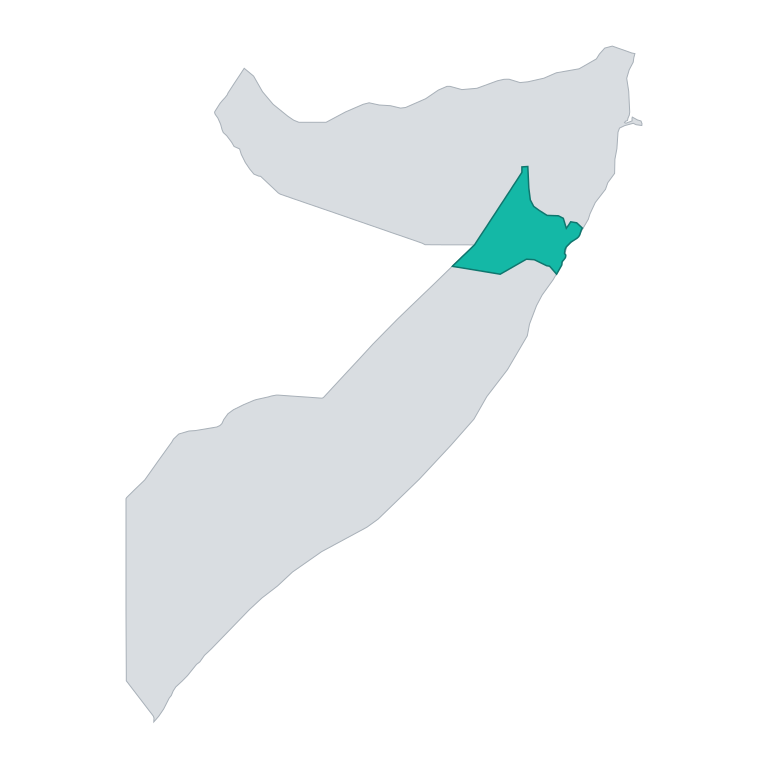 where Nugaal sits in Somalia
{"feature_id": "SOM-2413", "entity_name": "Nugaal", "entity_type": "Region", "adm_level": 1, "iso_a3": "SOM", "parent_name": "Somalia", "parent_adm1": "", "projection": "orthographic", "projection_center": [49.001, 8.49], "detail": "fine", "context": "in_parent", "style": "filled", "palette": "teal", "viewbox_px": 768, "rotation_deg": 0, "n_neighbors": 0, "source": "natural_earth", "source_scale": "10m", "svg_char_len": 3340}
<svg xmlns="http://www.w3.org/2000/svg" viewBox="0 0 768 768"><path d="M154.0,717.9L153.2,715.9L148.5,709.8L139.7,698.3L133.1,689.7L126.3,680.8L126.3,673.9L126.2,653.1L126.0,611.5L126.0,569.9L126.0,528.2L126.0,507.3L126.0,498.7L126.8,497.4L134.5,489.8L144.8,479.9L158.3,460.8L165.7,450.5L171.9,441.9L173.4,439.2L178.8,434.0L189.0,431.0L195.2,430.6L216.8,427.0L220.0,425.5L221.9,423.6L223.8,419.5L228.0,413.7L233.5,409.7L243.8,404.6L254.0,400.3L256.2,399.6L268.4,396.9L271.4,396.0L276.3,395.1L278.2,395.1L295.1,396.3L308.3,397.2L322.0,398.2L323.4,397.6L333.0,387.2L348.2,370.8L358.0,360.3L373.0,344.0L384.5,332.3L397.3,319.3L409.6,307.4L424.5,293.1L433.9,284.1L448.4,270.0L462.2,256.7L474.4,244.9L457.6,244.8L441.2,244.8L425.1,244.7L422.2,243.2L408.7,238.5L391.5,232.6L370.2,225.2L355.1,220.0L339.0,214.4L322.7,208.8L309.9,204.4L293.9,198.9L280.1,194.1L278.2,192.9L270.6,185.7L260.6,176.3L258.7,176.1L253.9,174.1L249.7,169.0L245.3,162.5L241.3,154.4L239.6,148.9L234.1,146.5L231.6,142.2L226.7,135.7L223.3,132.6L222.1,129.8L220.6,124.2L217.9,118.1L215.2,114.3L214.6,112.6L214.8,111.6L220.0,103.4L222.4,100.5L225.0,97.7L227.2,94.9L228.0,93.0L234.3,83.3L239.9,74.9L244.2,68.3L253.6,76.1L262.5,91.7L273.1,104.3L287.8,116.2L293.7,120.2L298.9,122.3L326.1,122.3L345.6,111.9L363.2,104.3L369.1,102.8L379.2,105.0L390.4,105.7L400.5,108.1L405.6,107.5L425.7,98.7L438.3,90.1L446.9,86.4L450.2,86.4L461.9,89.6L476.9,88.3L497.4,80.8L504.0,79.3L509.0,79.2L520.1,82.6L521.9,82.4L527.9,81.8L543.9,78.2L556.3,72.8L579.1,68.8L596.4,58.9L599.4,54.1L604.7,48.1L612.3,46.1L631.8,53.0L634.9,53.6L633.8,57.8L633.2,62.2L629.2,69.8L626.7,78.3L628.7,91.2L629.7,112.1L629.3,115.1L628.0,118.1L627.5,120.5L625.4,121.3L624.5,122.7L626.0,123.2L632.1,120.9L632.0,118.4L632.3,117.1L637.4,119.9L641.0,121.0L642.0,123.7L641.8,125.5L636.1,124.7L633.2,123.3L624.7,125.6L619.5,128.1L618.0,132.2L616.9,148.6L614.9,159.3L614.6,173.4L607.8,182.7L605.5,189.3L595.3,202.5L590.0,213.8L588.3,219.3L579.3,234.7L566.9,246.6L562.5,261.7L558.1,271.2L553.1,279.8L542.1,295.1L536.5,305.7L529.5,324.1L527.3,335.8L507.5,369.6L486.8,396.6L473.9,419.2L450.8,445.4L419.3,479.2L378.1,519.1L366.9,527.2L321.7,551.6L292.5,572.0L277.6,585.9L261.9,598.0L249.5,609.5L212.0,648.2L208.2,651.9L204.5,655.3L199.8,661.9L196.5,664.4L187.6,675.5L182.0,681.2L175.8,686.9L173.2,690.9L171.3,695.5L169.2,698.1L163.6,709.1L158.7,716.3L153.8,721.9L154.0,717.9Z" fill="#d9dde1" stroke="#a8b0b8" stroke-width="1"/><path d="M452.4,266.3L452.8,265.8L455.2,263.5L457.6,261.2L460.0,258.9L462.4,256.5L464.9,254.2L467.3,251.9L469.7,249.6L472.1,247.2L474.5,244.9L477.4,240.4L480.4,235.8L483.4,231.3L486.4,226.8L489.3,222.3L492.3,217.7L495.3,213.2L498.2,208.7L501.2,204.1L504.2,199.6L507.1,195.1L510.1,190.6L513.0,186.0L516.0,181.5L518.9,177.0L521.9,172.4L521.9,166.9L527.8,166.5L528.8,188.0L530.3,199.9L533.7,206.4L539.2,210.4L547.1,215.4L558.4,215.8L563.3,218.3L566.3,228.3L568.8,224.8L570.7,221.8L576.7,222.8L582.4,228.1L581.9,228.7L581.2,230.3L579.8,234.8L578.7,236.7L577.1,238.2L570.8,242.2L566.5,246.6L565.6,248.0L565.0,249.9L564.5,253.4L564.8,254.0L565.5,254.4L565.8,255.6L565.6,256.8L565.4,257.7L563.9,259.7L562.5,261.3L562.0,262.2L561.9,264.4L561.7,265.2L556.6,274.2L549.6,266.2L546.6,265.7L534.3,259.7L526.4,259.2L500.2,274.2L454.0,266.6L453.6,266.6L452.4,266.3Z" fill="#14b8a6" stroke="#0f766e" stroke-width="1.5"/></svg>